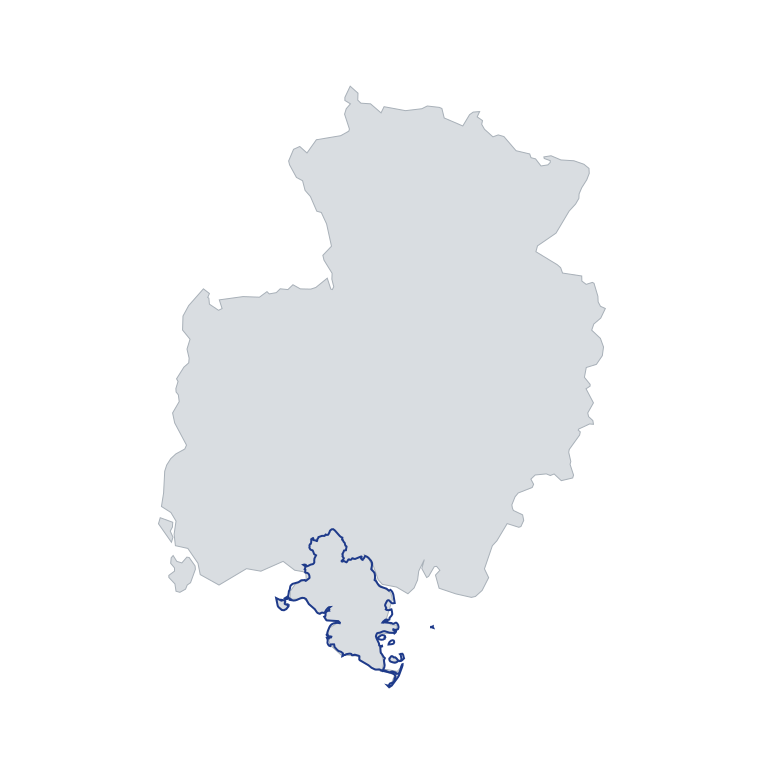 location of Schleswig-Holstein within Germany, rotated 197°
{"feature_id": "DEU-1579", "entity_name": "Schleswig-Holstein", "entity_type": "State", "adm_level": 1, "iso_a3": "DEU", "parent_name": "Germany", "parent_adm1": "", "projection": "mercator", "projection_center": [9.834, 54.215], "detail": "fine", "context": "in_parent", "style": "outline", "palette": "blue", "viewbox_px": 768, "rotation_deg": 197, "n_neighbors": 0, "source": "natural_earth", "source_scale": "10m", "svg_char_len": 9831}
<svg xmlns="http://www.w3.org/2000/svg" viewBox="0 0 768 768"><g transform="rotate(197 384 384)"><path d="M341.7,655.7L325.9,645.7L311.9,646.6L309.6,643.4L304.9,643.6L297.6,638.4L291.3,641.5L289.8,644.5L290.3,646.2L296.7,646.5L297.5,647.9L291.0,651.1L280.3,650.0L267.7,653.0L257.1,652.6L251.0,650.1L249.3,645.4L249.8,638.6L252.3,629.5L253.0,622.8L251.9,618.5L253.4,612.1L257.5,603.5L263.6,578.6L277.6,561.0L277.4,554.9L253.1,548.7L249.1,546.9L245.7,542.3L226.5,545.1L224.9,540.3L219.8,538.4L214.4,542.1L212.6,541.7L205.1,530.4L203.2,525.1L199.7,521.6L194.4,520.9L196.0,510.4L200.9,502.7L201.1,496.2L190.4,490.9L184.9,483.6L183.5,474.9L186.6,464.9L195.4,458.9L194.3,449.0L186.8,443.9L186.3,442.2L189.4,438.5L178.2,427.2L180.7,415.9L178.8,412.6L173.6,410.1L171.9,406.7L175.7,405.9L184.5,398.0L184.8,396.7L182.3,395.6L182.0,392.4L187.7,375.6L187.4,372.7L182.7,364.5L182.6,361.6L176.1,352.3L176.1,349.3L186.2,343.4L195.0,347.7L198.2,345.1L202.5,345.5L212.8,341.2L215.7,336.0L211.6,331.8L212.0,328.4L223.8,319.0L225.7,314.4L226.4,305.8L224.9,302.8L223.3,300.9L213.2,299.4L210.5,294.4L211.4,287.7L213.2,286.4L225.4,286.5L230.2,267.1L233.1,261.0L233.9,236.6L227.3,229.4L229.8,215.3L234.4,207.6L238.0,205.5L253.9,204.3L271.6,204.8L278.9,216.3L276.1,222.2L280.4,225.0L282.5,224.0L285.1,213.1L286.6,211.4L293.9,218.6L294.1,227.9L296.1,215.3L294.6,206.4L295.6,197.7L299.8,190.4L312.7,193.5L327.0,191.9L332.4,195.2L344.6,211.9L353.8,215.4L346.7,211.9L331.9,191.6L316.4,186.3L313.0,180.5L313.1,159.9L307.3,155.8L301.0,157.2L300.1,152.5L301.1,149.0L315.2,143.5L315.5,137.8L302.7,117.5L302.2,108.6L312.9,109.1L326.0,113.3L329.3,116.2L346.0,112.4L358.8,118.4L364.8,127.0L365.1,134.4L357.7,143.1L370.4,141.8L373.6,148.1L380.5,145.8L397.6,155.5L410.7,150.5L413.1,158.4L410.5,166.2L401.3,174.6L403.3,179.8L406.3,180.9L414.9,179.8L428.6,184.9L447.0,169.0L461.5,167.2L483.0,143.5L504.0,148.0L509.5,158.2L523.5,169.4L536.2,168.4L540.8,179.0L542.8,192.1L550.2,198.8L561.0,201.8L562.9,215.3L568.2,236.5L568.1,243.0L566.1,250.3L562.6,256.3L555.5,263.6L555.0,267.8L572.8,285.6L577.7,294.5L574.7,307.3L577.5,313.5L580.5,315.6L581.7,318.8L581.7,326.2L583.9,328.3L580.3,341.6L576.9,347.1L577.9,351.7L582.6,359.8L582.6,370.1L592.4,376.7L596.1,390.2L593.7,401.9L584.5,422.2L577.4,419.5L577.9,415.2L576.6,414.9L574.3,409.3L563.8,406.1L560.9,408.8L566.1,416.3L544.3,426.4L528.5,430.6L522.9,438.1L520.1,436.6L513.7,439.9L511.1,444.7L503.5,446.2L500.1,452.3L491.8,450.5L481.8,453.3L477.4,456.4L469.2,468.6L462.6,459.2L461.0,459.2L460.5,462.3L464.5,469.0L466.0,474.7L477.6,484.9L480.1,489.2L474.5,500.4L485.7,520.3L494.1,529.7L498.8,529.6L509.2,541.8L516.1,546.1L521.3,554.6L528.1,555.9L538.4,566.0L540.4,569.4L539.1,582.0L534.0,586.5L525.2,582.4L520.1,597.8L498.0,608.8L491.6,615.5L491.6,617.7L500.6,630.5L500.6,636.2L498.0,642.1L504.3,643.7L505.2,646.7L503.4,658.9L493.9,654.5L492.1,647.8L488.2,645.8L478.8,648.0L466.1,642.4L465.0,649.2L443.3,651.7L428.3,658.3L423.9,662.5L412.0,664.7L409.2,664.4L404.2,656.0L384.1,653.8L380.9,666.6L378.2,670.1L372.2,672.5L373.0,666.7L366.8,664.7L366.5,660.9L362.4,657.0L352.1,652.2L347.6,655.6L341.7,655.7ZM535.6,150.2L536.7,155.6L535.5,158.3L530.3,153.8L525.0,153.8L521.9,160.8L519.6,161.1L511.5,154.8L510.2,151.7L510.9,137.4L513.4,134.3L513.8,129.8L518.3,125.1L522.3,125.0L525.5,131.7L533.2,136.1L533.8,138.1L529.6,143.8L530.6,146.9L535.6,150.2ZM558.8,184.4L558.9,190.7L545.6,190.0L544.5,185.3L545.4,180.8L541.0,175.8L541.0,170.5L558.8,184.4ZM287.2,113.1L284.3,119.5L284.8,108.2L289.9,96.0L292.0,96.3L289.2,101.9L288.7,108.8L300.3,109.5L298.9,111.6L287.2,113.1ZM423.2,147.4L416.1,147.6L410.6,143.6L414.0,138.2L420.9,140.8L423.2,147.4ZM298.4,123.9L296.5,125.8L289.7,123.8L294.7,120.1L297.7,121.0L298.4,123.9Z" fill="#d9dde1" stroke="#a8b0b8" stroke-width="1"/><path d="M309.3,108.4L313.0,109.0L316.6,110.5L326.5,112.8L327.2,113.5L327.6,115.4L327.9,116.4L328.7,116.7L332.8,116.6L333.3,116.1L333.9,116.0L334.4,115.5L335.3,115.3L336.2,116.2L337.0,116.3L338.3,116.0L341.1,114.6L342.0,113.5L343.1,113.1L343.7,112.0L344.3,111.5L344.5,114.4L346.7,115.3L349.5,115.4L351.5,116.3L354.6,118.2L355.1,119.6L355.6,120.4L356.8,120.1L358.9,119.3L358.7,117.7L359.8,117.6L361.3,118.5L362.4,119.9L363.0,122.6L363.3,123.3L364.6,124.8L364.0,125.3L362.4,124.8L362.4,125.0L361.3,125.9L360.6,126.1L360.5,126.3L360.5,127.0L361.2,127.0L362.4,126.7L363.6,126.6L364.3,127.5L364.8,127.1L365.3,127.1L365.6,127.6L365.2,128.7L365.5,129.8L365.5,131.4L365.2,134.7L365.0,136.1L364.7,137.2L364.2,138.2L363.7,139.0L362.2,140.4L360.3,141.4L358.3,142.1L356.4,142.3L356.4,142.9L358.4,143.9L369.5,141.2L370.4,141.5L373.2,144.0L372.3,144.9L372.3,145.8L372.6,146.8L372.9,148.1L372.6,149.1L372.0,150.1L371.1,150.8L370.3,151.1L370.6,151.4L370.6,151.6L370.3,152.2L370.8,152.7L371.0,153.4L370.8,154.1L370.3,154.9L371.3,154.5L372.1,153.5L373.2,151.1L373.8,148.4L374.1,147.8L374.6,147.5L376.4,147.3L377.0,146.9L378.0,145.6L378.5,145.4L380.5,145.6L381.5,146.1L384.3,148.4L391.6,151.6L395.7,155.5L397.6,156.0L399.7,155.6L401.3,154.6L404.0,152.2L405.5,151.2L407.1,150.5L410.9,150.0L410.9,150.5L409.0,150.6L409.8,150.9L410.6,150.7L411.6,151.4L414.9,149.4L416.3,150.0L414.6,151.9L414.1,152.7L413.2,152.2L413.7,153.5L414.1,156.6L414.4,158.1L414.1,159.1L414.1,160.5L414.4,162.7L414.3,164.1L413.4,165.3L413.2,166.0L407.8,169.5L405.9,171.9L405.1,172.4L402.9,173.1L402.5,173.4L401.8,172.9L401.4,172.8L401.1,173.0L398.6,176.6L398.6,177.1L399.2,178.6L399.9,179.7L400.8,180.5L402.1,180.9L403.8,180.7L404.3,180.9L404.6,181.7L404.7,182.6L404.9,183.4L405.7,183.6L405.6,185.9L405.9,186.5L406.4,186.8L408.3,187.5L407.5,188.0L406.0,188.2L405.7,188.0L405.8,187.2L404.8,186.9L403.7,187.6L401.4,189.8L399.3,191.0L398.7,192.0L398.5,193.0L398.6,193.4L399.1,194.7L399.5,196.8L398.9,200.3L401.1,200.9L403.0,203.4L403.5,203.9L403.8,204.1L404.8,203.9L406.1,204.3L407.2,205.3L407.6,205.9L407.6,206.8L408.0,207.6L408.1,208.0L408.0,208.8L407.9,209.2L407.3,209.7L407.3,211.0L407.9,213.6L407.9,214.0L407.4,214.3L408.0,214.5L407.2,215.6L406.8,215.9L406.5,215.7L406.2,214.4L405.8,214.1L403.5,214.4L402.7,214.1L402.2,214.2L402.1,214.7L402.4,216.0L401.9,217.3L401.9,218.4L399.0,220.6L396.4,221.4L395.9,222.8L395.8,223.0L394.7,222.9L393.4,223.5L393.2,224.0L392.8,226.4L392.8,227.4L392.6,228.2L391.6,229.7L390.1,230.3L388.2,229.6L381.7,225.6L380.0,225.0L378.9,224.9L378.6,223.1L378.2,223.2L376.6,221.4L375.2,220.6L373.7,218.2L372.4,217.7L372.2,217.4L372.1,215.8L371.8,213.9L373.5,213.1L373.7,210.8L374.1,209.3L373.9,208.8L373.4,208.4L373.3,207.0L371.6,205.8L371.4,205.3L372.1,203.6L372.7,202.7L372.8,202.3L372.6,202.0L371.9,202.0L370.6,203.0L367.9,202.5L367.4,203.1L366.8,205.6L366.5,205.8L366.2,206.1L365.3,205.9L364.4,206.2L363.9,206.7L363.5,207.9L363.0,208.2L361.6,208.0L360.4,208.3L355.8,212.1L355.2,212.4L354.9,212.3L354.8,212.0L355.0,210.5L353.9,209.7L353.0,209.6L352.9,210.4L352.3,211.3L351.8,214.0L349.5,213.8L347.8,213.1L344.5,210.9L343.0,209.2L342.4,206.7L342.1,203.2L341.6,202.8L338.8,201.3L337.6,200.3L336.5,197.9L335.8,195.4L335.7,193.8L334.1,193.2L331.1,190.6L329.4,189.5L327.7,189.1L321.8,189.0L318.8,187.8L318.3,188.2L317.8,189.0L316.7,188.6L315.1,187.4L313.6,185.5L309.7,177.7L311.5,176.8L312.4,176.8L313.5,177.1L315.3,178.3L316.3,178.6L317.3,178.1L317.7,177.3L318.0,175.7L318.3,174.0L318.3,172.8L317.8,172.0L316.3,170.4L316.4,169.0L315.3,168.7L313.6,169.0L312.1,169.7L311.3,170.7L311.0,170.7L309.7,168.4L308.8,166.3L309.1,164.7L310.3,162.1L310.0,160.9L310.0,160.3L310.6,159.9L313.3,159.3L313.8,158.9L315.3,156.6L315.7,155.4L314.7,155.6L312.9,157.1L311.9,157.6L312.3,156.5L307.0,157.6L305.3,157.3L304.6,157.6L303.1,159.1L302.5,159.3L301.3,158.8L300.0,157.6L299.0,155.8L298.9,153.8L299.6,153.0L300.8,152.4L302.3,152.1L303.3,152.2L303.3,151.6L302.5,151.4L301.9,150.8L301.3,150.6L300.5,151.6L300.1,150.7L300.3,149.8L301.2,148.4L302.1,148.8L305.9,147.8L311.0,147.8L312.2,147.4L313.1,146.8L315.1,145.1L316.9,144.2L317.7,143.6L318.0,142.3L318.0,140.4L316.8,138.6L313.0,134.5L312.5,133.6L312.3,132.8L311.8,132.4L310.9,132.4L309.9,132.7L309.4,133.1L309.1,132.5L310.6,131.4L309.0,127.0L308.4,125.9L307.1,125.1L304.6,122.9L303.0,122.1L303.3,120.1L302.7,118.4L301.2,115.4L300.9,113.3L301.1,111.5L301.7,109.1L303.4,109.6L305.1,109.7L308.2,108.5L309.3,108.4ZM420.8,140.8L424.6,147.8L418.8,146.8L418.0,147.3L418.4,147.7L416.5,147.9L415.3,147.6L414.8,147.0L414.9,145.4L414.6,144.7L414.0,144.5L412.8,144.5L412.3,144.6L411.9,145.1L411.6,145.1L411.3,144.2L410.5,144.5L410.3,143.4L411.6,140.2L413.5,138.4L415.7,138.0L419.6,139.7L420.8,140.8ZM287.8,104.9L287.5,107.8L289.1,109.3L291.3,109.9L301.4,109.3L300.3,110.3L294.5,109.9L292.5,111.3L291.8,111.5L288.6,111.5L288.3,111.4L287.9,110.7L287.1,110.5L285.3,111.6L285.1,111.8L285.0,112.4L284.9,114.0L284.8,114.3L284.9,118.7L284.8,120.2L284.6,121.3L284.3,121.5L284.0,120.4L284.0,118.3L284.5,109.5L284.9,107.8L288.4,97.9L290.4,95.5L292.6,96.7L289.8,96.8L289.4,97.2L290.7,97.4L291.1,98.3L290.6,99.5L288.8,100.5L287.9,101.8L287.4,103.5L287.8,104.9ZM294.2,120.4L296.7,120.5L297.8,121.2L298.6,122.6L298.6,123.2L298.2,123.8L297.7,125.4L297.3,125.9L296.7,126.1L295.9,126.0L294.8,125.4L293.6,125.9L292.1,125.4L289.4,123.7L290.3,122.0L291.4,121.0L292.6,120.5L294.2,120.4ZM315.7,139.0L315.4,139.3L315.4,140.1L314.6,141.0L313.3,142.8L312.3,143.4L310.2,143.6L309.3,143.2L308.8,142.3L309.3,142.0L309.4,141.6L309.1,141.1L308.8,140.7L310.2,139.3L311.9,138.6L313.7,138.5L315.7,139.0ZM300.5,137.5L303.5,136.2L303.6,137.1L303.2,139.0L302.1,140.7L300.8,141.5L299.8,141.5L299.2,141.0L298.7,139.8L299.0,138.5L300.5,137.5ZM286.5,125.4L288.8,129.8L289.7,130.3L289.1,130.8L287.5,131.4L286.4,130.4L285.5,128.8L284.6,127.5L286.0,125.0L286.8,124.1L287.8,123.7L287.8,124.1L287.5,124.3L286.5,125.4ZM266.7,166.3L266.5,166.5L266.4,166.1L265.6,165.2L266.2,165.2L266.5,165.5L266.7,166.3ZM267.1,165.3L267.9,165.1L268.0,165.5L267.3,165.8L267.1,165.3Z" fill="none" stroke="#1e3a8a" stroke-width="2"/></g></svg>